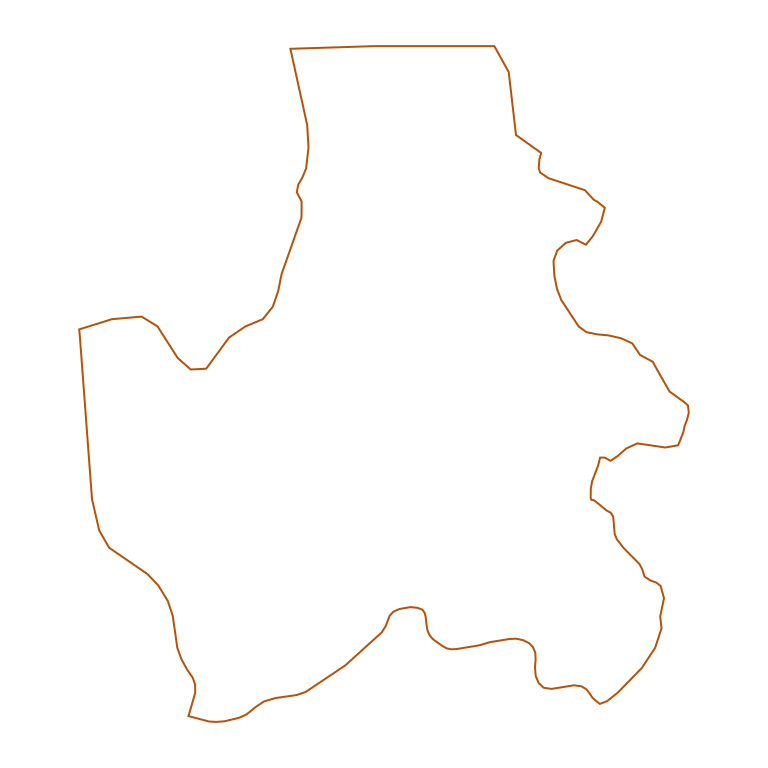 Đắk Nông, Albers equal-area conic projection
{"feature_id": "VNM-4835", "entity_name": "Đắk Nông", "entity_type": "Province", "adm_level": 1, "iso_a3": "VNM", "parent_name": "Vietnam", "parent_adm1": "", "projection": "albers", "projection_center": [107.792, 12.232], "detail": "fine", "context": "isolated", "style": "outline", "palette": "amber", "viewbox_px": 768, "rotation_deg": 0, "n_neighbors": 0, "source": "natural_earth", "source_scale": "10m", "svg_char_len": 2075}
<svg xmlns="http://www.w3.org/2000/svg" viewBox="0 0 768 768"><path d="M190.7,369.5L206.2,368.7L229.0,337.6L245.4,326.4L262.8,319.2L272.8,306.7L278.2,291.0L281.6,274.0L301.5,217.6L301.6,201.4L296.8,192.3L298.2,184.8L302.4,177.4L306.1,168.5L308.5,147.6L307.2,125.1L290.4,48.8L375.1,46.1L494.3,46.1L508.7,72.0L516.0,135.0L541.2,153.0L539.4,159.3L538.7,168.2L540.2,172.6L548.5,178.2L584.9,190.2L593.6,199.6L597.4,201.8L604.8,207.8L601.2,221.6L592.8,236.2L585.9,244.7L576.6,240.0L565.9,242.8L557.2,250.6L553.5,261.0L554.4,276.0L556.9,288.6L561.2,299.9L578.7,326.5L586.6,332.2L597.5,334.4L607.9,335.3L620.9,338.2L632.3,343.4L640.1,355.0L652.8,361.8L657.4,370.2L669.5,391.5L685.1,402.8L688.0,405.6L688.8,412.9L687.0,419.7L684.6,426.0L683.4,431.8L680.5,439.4L678.1,445.3L665.2,447.5L637.4,443.4L626.4,448.4L617.7,456.0L610.6,460.8L604.7,457.6L600.1,457.6L598.1,465.6L592.1,481.4L590.8,488.5L590.7,498.0L591.3,499.8L593.9,500.2L600.2,505.2L606.4,510.4L610.7,512.7L613.2,516.6L614.7,534.1L616.8,539.2L623.3,547.7L639.5,564.1L642.2,569.2L644.6,576.7L650.1,580.3L656.3,582.6L660.6,585.9L664.0,598.2L660.2,616.4L661.5,628.5L655.1,647.9L641.8,668.0L617.8,692.6L607.0,701.2L599.9,703.9L596.4,701.3L592.3,697.5L589.7,693.5L586.4,689.3L581.4,686.3L574.0,685.3L551.5,688.9L543.6,687.7L538.7,683.1L535.7,675.9L535.0,667.1L535.6,659.5L535.3,652.8L533.1,647.3L529.0,643.1L523.2,640.2L516.2,638.7L509.4,639.0L489.7,642.2L479.4,645.3L456.3,649.1L451.5,649.3L446.7,648.4L442.0,645.7L433.5,639.6L431.4,637.5L429.4,634.7L427.7,631.1L426.8,626.8L425.6,616.6L424.7,613.0L422.4,609.7L417.5,607.8L410.5,607.1L399.5,609.0L393.4,611.7L389.6,615.8L385.8,626.0L381.7,632.4L345.4,665.3L305.6,692.0L296.4,695.1L275.6,698.0L264.1,701.4L255.7,707.0L246.7,714.3L239.1,717.8L224.4,721.3L216.1,721.9L208.9,721.5L188.5,716.1L195.2,692.9L195.1,684.5L192.7,677.7L187.0,669.4L181.6,659.6L177.3,647.8L172.8,616.1L167.8,601.0L158.2,585.3L147.5,574.1L109.2,547.8L99.2,530.4L92.0,499.1L79.9,336.9L79.2,329.4L111.8,319.2L141.6,316.6L157.5,326.4L177.7,358.0L190.7,369.5Z" fill="none" stroke="#b45309" stroke-width="2"/></svg>